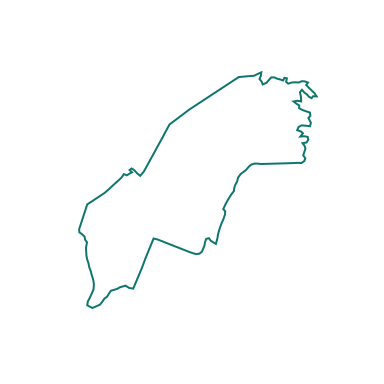 Peri Mirim, Maranhão, Brazil, rotated 112°
{"feature_id": "56859067B19670060487182", "entity_name": "Peri Mirim", "entity_type": "district", "adm_level": 2, "iso_a3": "BRA", "parent_name": "Brazil", "parent_adm1": "Maranhão", "projection": "orthographic", "projection_center": [-44.905, -2.565], "detail": "fine", "context": "isolated", "style": "outline", "palette": "teal", "viewbox_px": 384, "rotation_deg": 112, "n_neighbors": 0, "source": "geoboundaries", "source_scale": "gbopen_adm2", "svg_char_len": 2192}
<svg xmlns="http://www.w3.org/2000/svg" viewBox="0 0 384 384"><g transform="rotate(112 192 192)"><path d="M336.9,241.1L334.9,239.0L330.9,235.1L328.2,234.3L323.5,233.2L320.8,231.5L317.7,231.0L313.9,230.2L311.9,227.6L309.7,224.9L307.6,223.4L303.7,218.5L304.5,214.5L303.6,210.3L281.0,210.0L271.1,210.3L249.5,210.2L248.9,206.0L248.7,182.8L248.6,171.4L248.4,168.1L248.0,165.0L246.5,162.1L243.7,160.5L240.7,160.4L237.0,160.4L233.7,161.1L230.2,161.3L228.5,159.1L230.2,156.3L230.7,153.4L231.2,150.4L224.7,151.2L221.8,152.0L218.9,152.3L215.1,152.7L209.0,152.9L205.7,152.7L200.4,153.0L197.4,154.0L196.1,156.6L190.0,156.3L184.7,155.6L179.7,154.7L175.5,153.5L172.9,154.2L169.5,154.6L165.4,154.1L161.4,154.7L157.1,153.6L151.6,150.3L147.3,148.8L144.2,147.2L142.1,144.4L141.1,141.8L140.2,138.5L128.0,110.6L125.4,105.0L124.2,101.5L121.3,99.5L118.4,99.5L116.3,102.6L109.2,103.1L107.0,105.0L105.3,107.8L103.2,104.3L99.9,103.8L97.6,105.4L98.2,108.7L100.0,112.3L96.0,111.1L95.1,113.5L95.3,117.6L92.0,117.6L89.2,115.4L88.0,111.7L86.8,107.2L83.3,107.7L81.6,109.6L79.8,111.8L77.0,110.8L74.2,112.4L74.4,116.2L74.6,120.1L74.2,124.0L71.6,125.0L71.0,128.3L70.0,131.7L67.9,128.4L67.1,124.7L62.8,126.7L59.1,129.3L56.1,128.3L57.7,125.1L58.5,121.9L59.9,119.2L60.2,116.3L57.9,115.7L56.7,112.3L54.4,115.5L52.4,120.7L50.0,126.2L47.1,125.5L47.2,129.0L48.2,131.8L50.4,133.9L51.7,137.6L53.1,140.5L55.5,143.4L54.6,146.0L51.1,146.6L51.6,149.1L54.5,149.3L54.6,152.2L55.1,155.8L54.8,158.3L56.1,161.5L59.3,162.7L62.8,163.8L65.8,166.7L63.5,168.9L62.0,171.7L58.6,171.7L55.1,172.6L61.1,178.2L64.1,184.3L67.9,191.7L116.3,225.2L137.7,238.1L140.9,238.5L143.4,238.8L147.6,239.3L152.1,239.7L157.1,240.3L163.5,241.1L172.4,242.1L191.1,244.3L196.4,246.1L195.2,250.0L193.5,253.5L192.8,256.8L195.0,258.1L196.2,255.0L198.5,256.9L200.9,258.6L201.0,261.9L205.4,262.9L209.3,264.8L214.9,267.5L220.5,270.1L225.6,272.7L242.8,284.5L268.7,282.7L271.6,281.3L272.3,278.3L273.5,275.0L276.3,273.2L278.0,270.5L283.5,269.4L290.4,266.1L293.3,264.3L297.1,261.1L300.2,259.1L303.6,256.0L306.4,254.0L308.6,252.1L311.3,250.1L314.5,248.3L319.4,246.8L323.8,246.9L329.1,247.2L332.6,247.6L336.3,246.6L336.9,241.1Z" fill="none" stroke="#0f766e" stroke-width="2"/></g></svg>